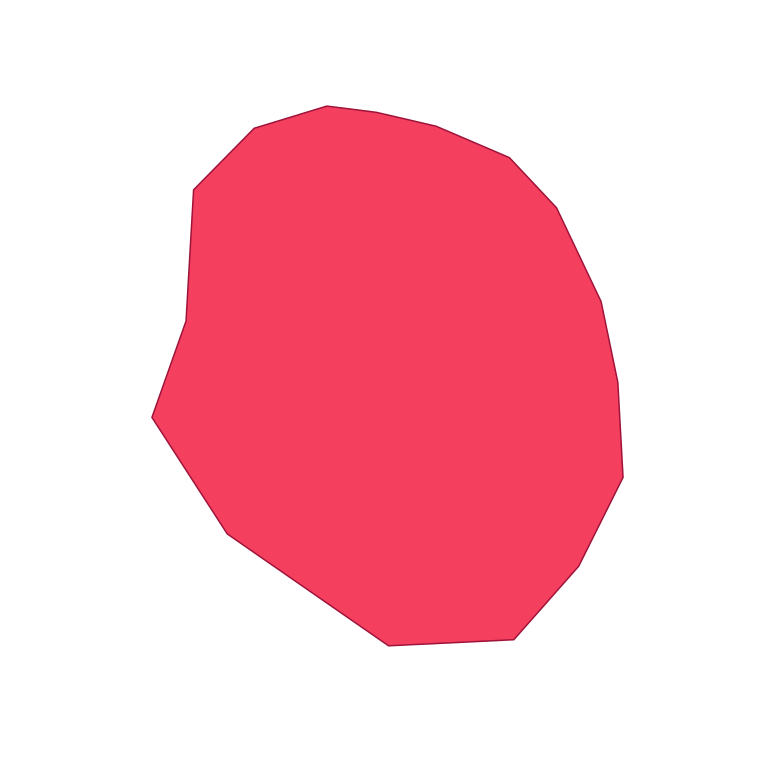 Bena-Dibele, Kasaï-Oriental, Democratic Republic of the Congo (Equal Earth projection), rotated 343°
{"feature_id": "63176286B9358277012481", "entity_name": "Bena-Dibele", "entity_type": "district", "adm_level": 2, "iso_a3": "COD", "parent_name": "Democratic Republic of the Congo", "parent_adm1": "Kasaï-Oriental", "projection": "equal_earth", "projection_center": [22.911, -4.227], "detail": "fine", "context": "isolated", "style": "filled", "palette": "rose", "viewbox_px": 768, "rotation_deg": 343, "n_neighbors": 0, "source": "geoboundaries", "source_scale": "gbopen_adm2", "svg_char_len": 375}
<svg xmlns="http://www.w3.org/2000/svg" viewBox="0 0 768 768"><g transform="rotate(343 384 384)"><path d="M213.1,265.9L152.3,348.1L190.3,481.6L311.8,635.7L433.4,666.5L516.9,615.2L585.3,543.2L608.1,450.8L615.7,368.6L600.5,265.9L570.1,204.2L509.3,152.8L456.2,122.0L410.6,101.5L334.6,101.5L258.7,142.6L213.1,265.9Z" fill="#f43f5e" stroke="#9f1239" stroke-width="1.5"/></g></svg>